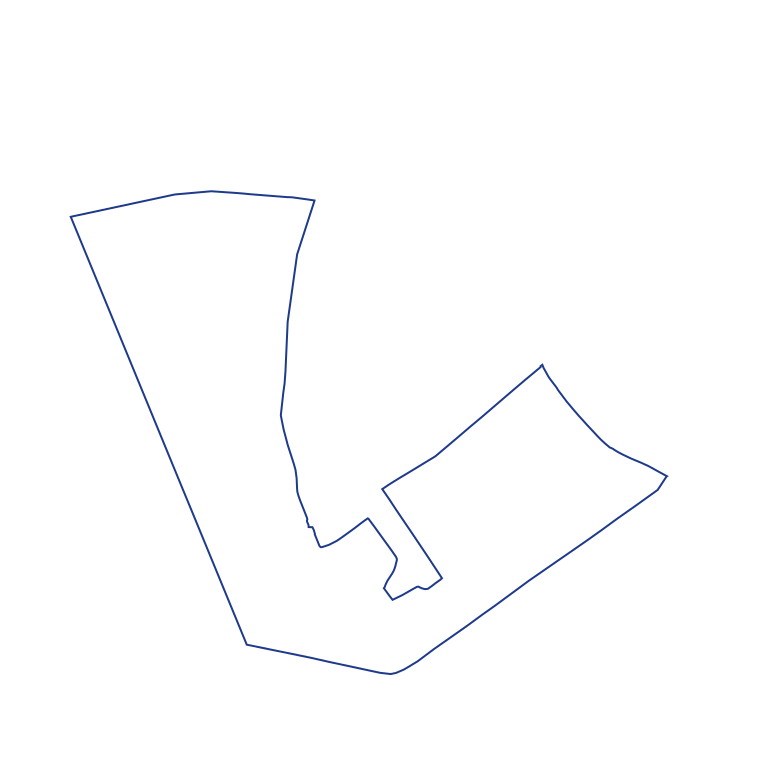 outline of Ismailiyya 2, Al Isma`iliyah, Egypt, rotated 248°
{"feature_id": "37247803B84345161552096", "entity_name": "Ismailiyya 2", "entity_type": "district", "adm_level": 2, "iso_a3": "EGY", "parent_name": "Egypt", "parent_adm1": "Al Isma`iliyah", "projection": "mercator", "projection_center": [32.27, 30.614], "detail": "fine", "context": "isolated", "style": "outline", "palette": "blue", "viewbox_px": 768, "rotation_deg": 248, "n_neighbors": 0, "source": "geoboundaries", "source_scale": "gbopen_adm2", "svg_char_len": 2410}
<svg xmlns="http://www.w3.org/2000/svg" viewBox="0 0 768 768"><g transform="rotate(248 384 384)"><path d="M341.9,535.9L341.7,535.8L341.1,535.6L340.8,534.8L339.3,530.1L335.1,517.0L330.6,503.4L326.0,489.7L321.3,475.8L318.7,468.1L316.6,461.8L312.1,447.9L307.4,433.9L302.8,420.0L298.2,406.0L298.0,405.4L297.8,404.8L297.4,402.6L295.7,392.1L293.4,378.2L291.9,368.9L291.2,364.3L290.0,357.1L288.8,350.5L287.2,343.0L275.6,345.6L262.1,348.3L248.2,351.3L234.7,354.2L207.5,359.9L182.2,365.0L181.9,364.1L181.5,363.3L180.1,357.4L178.9,353.1L178.1,349.8L177.7,348.2L177.8,347.2L178.5,345.1L180.2,342.8L182.0,341.0L183.2,340.0L183.4,339.3L183.6,338.7L183.1,334.4L181.4,321.8L180.8,312.8L180.8,312.0L180.7,311.1L185.5,309.7L194.7,307.4L195.1,308.0L195.5,308.6L197.7,310.6L200.3,313.5L202.4,316.5L205.0,320.3L207.0,322.8L208.5,324.3L211.0,326.4L214.5,328.9L215.8,329.9L216.5,330.2L217.3,330.4L219.2,330.4L230.4,327.8L239.9,325.4L255.0,321.7L264.9,319.1L265.2,318.8L265.5,318.5L264.5,314.3L263.3,309.7L261.5,303.3L258.7,292.1L256.8,284.1L256.3,281.7L255.8,276.5L255.5,272.7L255.7,269.3L256.0,265.3L256.2,264.8L256.3,264.4L257.3,263.7L258.0,263.6L258.6,263.5L270.4,263.5L270.8,263.8L272.3,263.9L274.4,264.2L278.0,264.0L279.6,260.5L281.6,261.2L285.2,261.1L286.3,261.4L286.6,261.7L287.2,262.2L288.3,262.4L290.3,262.5L292.5,262.5L307.5,262.6L312.4,262.8L316.6,263.3L319.5,264.2L329.4,267.7L337.6,269.8L344.1,270.5L363.5,271.9L379.4,273.9L388.0,275.5L393.6,276.6L400.9,280.5L413.7,287.4L421.7,292.0L432.9,297.5L477.8,318.0L536.7,352.0L578.9,387.3L579.5,387.8L579.9,388.1L580.2,388.3L583.8,382.2L591.6,368.6L593.7,363.9L609.5,332.2L613.7,324.1L616.4,318.7L627.4,296.1L638.1,261.0L656.4,156.2L360.8,158.0L338.2,158.2L193.7,159.1L157.7,213.4L146.2,230.0L117.6,272.3L112.6,281.5L111.6,286.8L111.8,295.7L114.3,311.4L119.4,330.5L128.8,371.0L133.3,388.7L137.0,404.3L147.4,444.9L162.6,512.4L166.9,530.5L171.6,549.1L177.3,573.5L183.3,598.1L192.2,611.0L192.4,611.4L192.5,611.8L198.1,607.2L208.9,598.4L215.0,592.6L222.2,585.3L228.6,579.4L232.8,575.8L235.3,573.9L237.1,572.6L237.5,572.4L237.9,572.2L239.0,571.2L240.9,569.3L241.5,569.1L242.1,568.8L246.0,566.7L250.9,564.4L256.7,562.0L257.2,561.9L257.6,561.7L270.1,556.9L275.6,554.9L281.5,552.7L290.0,549.8L293.8,548.6L298.9,546.9L312.8,543.2L316.3,542.6L318.9,541.9L323.6,540.6L326.9,539.7L329.4,539.2L339.0,538.0L342.5,538.0L341.9,535.9Z" fill="none" stroke="#1e3a8a" stroke-width="2"/></g></svg>